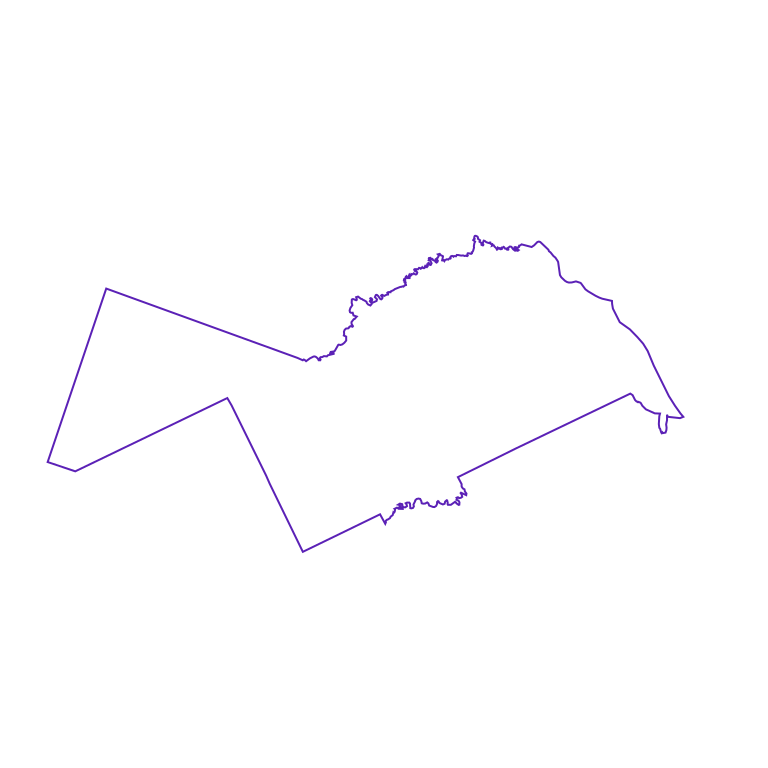 1ro. de Mayo, Chaco, Argentina (Mercator projection), rotated 289°
{"feature_id": "61730980B22683842441482", "entity_name": "1ro. de Mayo", "entity_type": "district", "adm_level": 2, "iso_a3": "ARG", "parent_name": "Argentina", "parent_adm1": "Chaco", "projection": "mercator", "projection_center": [-58.875, -27.18], "detail": "fine", "context": "isolated", "style": "outline", "palette": "violet", "viewbox_px": 768, "rotation_deg": 289, "n_neighbors": 0, "source": "geoboundaries", "source_scale": "gbopen_adm2", "svg_char_len": 6164}
<svg xmlns="http://www.w3.org/2000/svg" viewBox="0 0 768 768"><g transform="rotate(289 384 384)"><path d="M200.9,120.5L319.7,240.4L314.2,246.8L259.0,302.4L252.6,308.3L198.9,361.9L259.5,422.7L252.2,430.7L253.8,430.8L254.1,430.4L255.4,430.3L256.6,431.0L257.3,431.9L259.1,433.3L260.8,433.5L262.8,434.9L265.4,434.7L265.1,435.1L266.7,435.7L269.1,435.3L269.4,434.6L271.3,436.5L270.8,438.5L272.0,442.4L272.7,442.1L272.9,438.7L273.9,439.2L274.6,438.1L274.5,436.7L276.1,438.0L276.3,440.3L275.7,440.7L275.2,440.7L273.8,442.3L274.3,444.3L276.0,445.5L277.4,444.6L278.3,443.3L279.3,444.3L280.1,446.5L279.4,447.5L275.2,449.3L275.3,450.3L276.2,451.7L277.9,452.1L279.7,451.1L283.3,451.6L284.1,451.4L285.9,452.3L286.9,453.9L287.1,455.6L285.4,457.4L283.5,458.5L283.6,460.0L284.4,461.9L286.1,463.4L285.6,464.8L283.8,466.3L283.7,470.4L284.1,471.8L285.7,473.0L287.9,473.2L289.7,472.6L290.9,473.2L290.7,474.0L289.8,474.7L289.5,475.8L289.3,478.9L290.5,480.3L292.7,480.1L294.5,481.1L294.5,481.6L292.5,482.9L291.2,483.2L290.6,483.8L291.6,486.6L295.7,489.5L295.4,490.8L294.8,491.2L294.2,493.2L294.0,494.0L294.4,494.5L296.6,493.9L297.5,493.1L298.0,491.9L298.1,490.2L299.8,490.2L300.1,489.7L300.8,490.4L301.0,491.2L300.5,492.2L301.5,493.8L302.8,494.7L304.8,493.4L305.8,492.0L306.3,492.2L305.7,497.9L307.3,497.6L308.7,495.5L310.6,494.4L310.9,492.6L312.1,491.0L312.7,490.6L314.6,490.0L320.0,484.2L366.1,529.8L455.1,620.0L454.4,622.7L450.6,626.6L449.8,628.2L449.5,629.9L449.9,630.0L449.9,632.1L449.6,633.0L447.5,635.4L445.3,639.9L444.4,649.6L445.9,654.6L443.1,654.8L435.6,656.9L432.2,658.6L431.6,659.6L428.3,662.0L427.9,662.7L428.8,663.0L428.4,663.4L428.5,663.9L429.7,666.0L432.3,666.0L434.7,665.4L437.7,663.9L441.9,663.4L447.1,661.6L445.4,663.1L448.1,675.0L450.4,677.7L452.6,674.0L458.1,666.3L465.3,657.3L489.2,633.1L501.0,622.6L506.5,615.9L510.9,608.2L515.7,598.7L519.2,586.8L529.8,575.9L534.0,573.6L536.8,572.5L535.7,562.6L535.8,559.3L536.3,555.3L538.1,546.7L539.1,543.6L543.4,537.4L543.6,536.6L543.5,532.1L541.1,528.4L540.1,525.7L540.0,523.7L540.5,521.5L542.6,516.9L544.3,514.9L556.1,508.9L557.1,507.8L559.3,504.9L560.2,502.5L562.6,498.7L563.3,496.7L564.5,495.7L569.1,485.6L569.1,484.1L568.2,482.8L564.0,480.8L561.6,479.0L560.8,468.6L559.4,467.7L558.8,466.7L557.5,467.0L556.8,466.2L556.4,466.2L556.2,463.4L555.8,462.9L555.4,462.9L554.4,464.1L554.7,466.1L554.4,467.7L553.5,467.1L553.4,465.8L552.7,464.5L553.5,462.1L555.2,459.8L555.0,458.3L552.8,456.7L552.1,457.6L551.6,457.8L551.3,457.6L551.1,456.5L551.8,455.3L551.4,454.5L552.5,453.0L552.6,452.4L551.5,451.9L551.5,451.1L551.1,450.9L550.0,451.4L549.4,450.5L549.4,449.7L550.2,449.1L549.8,448.1L550.0,447.4L548.6,447.7L547.8,447.1L549.1,445.6L549.9,443.7L550.8,442.7L550.8,442.1L549.9,441.1L551.4,441.1L551.6,440.8L551.1,440.1L551.4,439.0L552.4,438.5L552.3,438.1L551.6,438.0L551.4,436.8L551.4,434.5L552.1,432.6L552.0,431.6L549.5,431.5L548.7,431.7L548.3,432.5L547.4,432.6L547.2,432.3L547.3,430.9L549.2,430.0L549.6,428.0L551.2,428.0L551.9,425.6L553.3,425.0L553.8,424.3L554.0,422.5L553.6,421.7L553.0,421.5L551.0,421.8L550.7,422.4L549.7,421.6L549.1,421.5L548.3,423.8L546.5,423.6L543.5,424.1L542.3,424.7L539.1,424.9L537.8,424.7L537.1,424.1L536.2,424.6L535.4,424.0L535.2,421.6L534.8,420.6L533.5,420.6L532.7,421.4L532.0,421.0L531.8,419.2L531.3,418.6L531.3,416.9L530.5,415.1L530.1,412.1L529.7,410.8L528.2,410.5L527.8,408.6L527.0,408.2L527.3,407.7L527.3,406.7L526.5,405.7L525.8,405.5L524.7,406.1L524.3,406.0L524.4,405.2L522.5,404.2L522.5,402.9L521.8,402.3L521.3,401.4L519.8,401.1L520.5,400.0L519.9,399.4L519.8,398.7L523.7,398.3L524.1,398.0L524.2,396.0L525.2,394.3L524.1,392.7L523.3,394.1L521.0,393.7L520.6,393.3L519.3,393.7L519.1,392.5L518.8,392.3L518.1,393.0L517.9,394.8L517.0,394.8L515.9,394.2L516.1,393.1L516.9,392.4L517.2,389.9L517.9,389.3L518.0,388.8L517.5,388.6L517.4,387.9L518.4,386.8L517.7,385.5L517.3,385.5L517.1,386.0L516.6,386.2L515.6,385.9L515.5,386.3L516.1,386.8L515.9,387.5L513.6,389.7L511.9,389.5L511.6,389.1L511.7,388.0L512.4,387.8L513.1,386.9L512.8,386.5L511.8,386.7L511.3,385.9L510.1,386.1L510.3,386.8L509.8,387.0L508.4,386.5L508.3,385.6L509.0,384.5L507.9,384.3L507.1,384.6L506.5,384.1L506.4,382.6L506.8,382.1L505.4,381.6L504.9,381.1L505.4,380.2L505.2,379.3L503.6,378.8L502.7,375.8L502.1,375.3L501.0,376.1L500.8,376.8L501.3,377.0L501.3,377.8L500.2,379.2L498.8,379.2L498.2,378.9L497.8,378.1L498.3,376.0L497.0,375.4L496.9,374.0L495.5,374.2L494.8,373.8L495.7,372.4L493.7,372.2L493.4,372.5L493.4,373.5L492.5,373.7L491.7,371.4L493.2,370.1L492.6,369.7L491.0,369.8L490.3,369.3L490.0,369.9L489.5,370.1L489.2,368.9L488.2,369.1L487.8,370.2L487.1,370.3L487.4,371.1L487.2,371.4L485.8,371.4L485.3,372.3L484.7,372.6L483.8,371.3L482.4,370.7L482.3,369.6L481.6,368.9L481.1,367.8L477.2,363.3L475.9,362.5L473.8,360.3L472.9,360.3L472.6,358.8L472.0,357.8L471.4,357.5L471.0,358.5L469.9,358.7L469.4,357.5L467.4,355.6L467.7,353.2L467.2,352.7L466.6,352.5L465.5,354.3L464.8,354.5L464.0,354.4L463.1,353.8L463.2,352.8L465.4,349.7L465.9,348.4L465.8,347.7L465.4,347.3L463.2,347.1L461.8,349.8L460.1,349.9L457.3,346.9L457.3,346.3L458.2,345.2L459.5,345.5L460.2,345.3L460.8,344.4L460.9,343.5L460.5,343.2L459.8,344.3L458.4,343.7L457.6,343.7L456.4,346.0L455.7,346.3L453.8,345.6L454.0,343.1L455.0,341.4L456.1,340.6L456.7,337.8L456.6,337.2L457.1,335.8L457.1,334.3L458.2,331.0L457.0,329.4L455.3,330.7L454.5,330.8L454.1,330.4L454.3,327.5L454.0,326.6L453.4,326.1L450.2,327.0L448.2,328.4L445.1,327.5L443.1,327.5L442.2,327.6L440.8,328.5L440.6,329.7L441.2,331.2L438.9,332.8L438.9,336.3L435.8,335.0L435.5,334.3L431.9,333.1L430.2,333.8L428.6,335.8L427.9,335.6L427.8,333.5L426.7,332.6L426.2,332.7L425.0,332.1L424.1,330.1L422.5,329.2L420.4,329.1L418.2,330.1L416.8,330.2L416.5,332.8L412.8,334.1L410.1,333.1L407.9,331.7L406.7,330.1L406.5,328.4L406.1,328.0L399.3,326.7L398.4,325.9L397.0,323.2L396.5,323.1L395.8,323.1L396.6,326.4L396.1,326.6L392.9,321.6L391.5,321.0L390.8,318.1L389.4,316.9L388.7,315.3L387.6,314.9L387.0,315.2L386.5,316.0L385.7,316.0L385.2,314.5L386.4,313.3L387.0,312.1L387.5,310.7L387.5,309.5L387.0,308.4L384.1,305.6L380.2,302.9L381.0,301.0L381.0,300.1L380.0,299.5L380.5,293.7L383.8,90.3L200.7,91.4L200.9,120.5Z" fill="none" stroke="#5b21b6" stroke-width="2"/></g></svg>